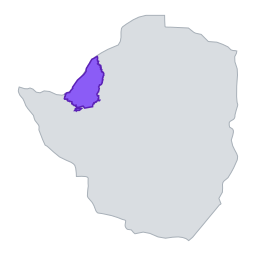 Binga, Matabeleland North, Zimbabwe shown in context
{"feature_id": "62879985B54181646880786", "entity_name": "Binga", "entity_type": "district", "adm_level": 2, "iso_a3": "ZWE", "parent_name": "Zimbabwe", "parent_adm1": "Matabeleland North", "projection": "natural_earth1", "projection_center": [27.771, -17.692], "detail": "fine", "context": "in_parent", "style": "filled", "palette": "violet", "viewbox_px": 256, "rotation_deg": 0, "n_neighbors": 0, "source": "geoboundaries", "source_scale": "gbopen_adm2", "svg_char_len": 5960}
<svg xmlns="http://www.w3.org/2000/svg" viewBox="0 0 256 256"><path d="M188.7,240.6L186.2,238.7L182.7,237.5L178.3,236.9L172.6,237.2L165.5,238.2L158.0,236.9L149.9,233.4L143.2,232.1L135.2,233.7L134.9,233.7L133.5,232.5L131.3,229.9L127.7,229.4L126.7,228.8L125.9,227.8L125.3,226.6L125.1,225.2L125.7,220.9L125.4,220.4L124.4,219.9L122.4,219.4L117.6,217.5L111.6,215.6L101.7,213.5L97.9,213.0L97.0,212.3L95.9,210.8L94.0,205.8L92.3,202.6L88.0,197.6L87.4,196.0L87.6,192.0L87.9,188.8L88.3,186.1L88.1,183.5L88.1,180.3L88.2,178.2L87.6,177.3L86.1,176.6L81.7,176.3L76.4,176.5L76.3,173.2L75.7,168.2L74.8,165.4L73.5,163.9L71.1,162.3L66.2,160.2L59.5,156.9L53.7,152.1L47.1,146.2L45.1,145.1L42.6,139.5L38.9,129.9L39.1,126.7L38.6,125.1L35.0,120.4L34.1,118.0L33.5,115.5L27.8,108.6L25.8,105.6L24.3,101.7L22.8,98.6L21.6,97.3L19.9,95.2L18.8,92.8L18.3,91.0L18.7,88.6L19.2,87.0L24.7,88.7L27.7,88.8L30.0,88.0L32.9,89.1L36.3,92.2L40.1,92.8L44.1,90.9L49.6,91.5L56.5,94.6L62.2,95.2L69.0,92.5L75.1,84.8L80.8,77.6L86.4,69.3L89.8,62.5L94.8,57.1L101.3,52.9L108.0,49.3L118.2,45.0L120.3,41.4L121.0,37.4L121.0,32.0L121.5,28.4L122.6,26.8L124.3,25.6L126.5,24.0L133.2,19.8L138.9,17.1L145.8,15.4L153.3,15.4L160.5,15.4L164.6,15.4L164.7,20.6L165.0,26.5L165.8,27.1L171.2,27.2L180.0,27.6L188.4,28.0L193.8,32.3L195.6,33.2L201.2,34.4L208.3,41.5L216.9,42.2L222.8,44.4L228.0,46.9L230.9,49.8L232.9,50.5L235.5,50.7L236.8,51.0L236.5,53.1L234.7,56.7L234.9,61.8L237.2,68.9L237.5,75.1L236.7,86.0L236.6,96.6L236.9,100.4L237.2,102.9L237.7,104.3L237.6,105.8L236.2,110.3L235.0,114.9L234.9,116.8L234.5,118.1L233.6,119.3L229.9,121.5L229.2,122.8L229.2,125.2L229.7,127.2L231.1,128.0L232.7,129.1L233.4,130.7L233.4,132.3L232.8,135.2L231.3,140.1L232.7,145.8L234.4,149.4L236.7,153.7L237.6,156.3L237.5,158.2L237.2,160.0L233.7,167.8L231.1,172.6L228.0,177.7L224.0,181.0L222.9,182.5L222.5,184.3L222.6,188.2L222.4,192.2L218.9,198.4L221.0,203.8L220.5,204.3L219.3,205.0L214.3,211.1L209.3,217.1L205.6,221.6L201.4,226.7L196.7,232.3L192.7,237.2L188.7,240.6Z" fill="#d9dde1" stroke="#a8b0b8" stroke-width="1"/><path d="M103.8,73.9L103.7,73.8L103.5,73.7L103.5,73.3L103.5,73.0L103.5,72.8L103.4,72.6L103.3,72.4L103.2,72.3L102.9,72.2L102.6,72.2L102.5,71.9L102.3,71.9L102.2,71.9L102.2,71.7L102.3,71.5L102.1,71.3L101.9,71.1L101.7,71.2L101.6,71.3L101.5,71.0L101.5,70.8L101.4,70.8L101.4,70.6L101.4,70.4L101.5,70.2L101.6,69.9L101.5,70.0L101.4,69.9L101.4,69.7L101.6,69.6L101.4,69.4L101.2,69.4L100.9,69.3L100.7,69.2L100.9,68.9L100.9,69.0L101.0,69.1L101.3,69.1L101.3,68.9L100.8,68.6L100.9,68.3L100.7,68.2L100.5,67.9L101.0,67.8L101.1,67.7L101.1,67.3L100.8,67.4L100.6,67.2L100.5,66.6L100.4,66.1L100.7,65.9L100.8,65.7L100.7,65.4L100.5,65.2L100.2,65.1L99.9,65.1L99.5,65.5L99.4,65.5L99.3,65.4L99.3,65.1L99.2,65.0L99.2,64.9L99.3,64.7L98.7,63.9L98.2,64.0L97.9,64.1L97.7,64.0L97.6,63.9L98.0,63.6L98.2,63.3L98.2,62.6L98.0,62.2L98.2,61.9L98.5,61.6L98.6,61.4L98.0,61.3L97.7,61.2L97.8,60.9L97.8,60.7L97.6,60.6L97.3,60.0L97.3,59.9L97.4,59.5L97.5,59.4L97.6,58.8L97.6,58.5L97.6,58.4L97.5,58.1L97.6,57.5L97.5,57.1L97.4,56.7L97.1,56.4L96.5,56.8L94.4,58.0L93.3,58.6L91.8,59.3L90.9,60.9L90.6,61.3L89.6,63.3L88.1,65.5L87.7,66.3L86.6,68.0L86.3,68.8L86.2,69.0L86.2,69.5L86.1,70.3L86.0,71.5L84.2,73.9L84.0,74.2L83.9,74.4L77.5,80.1L72.5,87.3L72.8,88.3L70.8,90.5L69.8,92.1L69.6,92.5L69.0,92.3L68.4,92.5L68.0,92.8L67.5,92.6L67.1,92.8L66.6,92.9L66.3,93.0L66.3,93.4L66.3,93.6L66.2,93.7L65.8,93.9L65.1,94.1L65.1,94.3L65.2,94.5L65.2,94.9L65.4,95.0L65.2,95.2L65.3,95.4L65.3,95.7L65.3,95.9L65.3,96.2L65.3,96.3L64.8,96.6L64.7,96.8L64.7,97.1L64.6,97.4L64.6,97.8L64.6,98.1L64.3,98.5L64.4,98.8L64.5,98.8L64.7,99.2L67.6,99.1L67.7,99.5L67.2,100.1L67.5,100.7L68.0,101.0L68.3,101.1L69.0,101.1L69.6,101.0L69.7,101.4L69.9,101.3L70.1,101.6L70.5,101.6L70.8,101.6L71.6,101.7L71.8,101.7L71.9,102.0L72.0,102.1L71.9,102.3L71.9,102.6L71.9,102.8L72.0,102.9L72.0,103.0L71.9,103.1L71.8,103.3L71.7,103.6L71.7,103.8L71.9,103.9L72.0,103.9L72.5,103.8L72.7,104.0L72.9,104.6L73.2,104.6L73.3,104.8L73.8,105.0L73.9,105.3L74.1,105.6L74.4,105.6L74.6,105.5L75.0,105.5L75.3,105.4L75.4,105.5L75.5,105.4L76.0,105.2L76.1,105.9L75.9,106.4L76.1,106.4L76.3,106.6L76.6,106.6L76.8,106.9L76.7,107.1L76.7,107.5L76.8,108.0L76.9,108.3L76.3,108.3L76.1,108.4L75.8,108.5L75.6,108.6L75.2,108.9L75.2,109.6L75.1,110.0L74.7,110.5L74.8,110.5L75.0,110.5L75.3,110.3L75.8,110.6L75.9,110.8L76.3,110.8L76.3,110.5L76.6,110.4L76.8,110.4L76.8,110.5L76.9,110.4L76.8,110.2L77.0,110.3L77.2,110.5L78.4,110.4L79.4,110.4L81.6,108.5L78.1,108.4L77.8,107.5L79.8,107.0L82.5,106.2L83.1,106.1L83.7,106.7L84.7,108.1L89.6,107.2L92.6,106.7L92.7,105.1L92.8,104.8L93.1,104.4L93.2,104.2L93.2,103.9L93.3,103.8L93.5,103.7L93.8,103.4L93.9,103.1L93.9,102.9L94.0,102.9L94.1,103.0L94.1,102.9L94.4,103.0L94.5,102.9L94.7,102.7L94.9,102.6L95.0,102.4L95.3,102.3L95.4,102.0L95.5,101.9L95.9,101.8L96.1,101.9L96.3,101.7L96.5,101.8L96.7,101.3L97.5,100.7L98.4,100.6L99.2,100.7L99.5,100.7L99.7,100.4L99.8,100.2L99.7,100.2L99.1,100.0L98.8,99.9L98.1,99.9L98.2,99.5L98.0,99.2L98.1,98.8L98.7,98.4L98.6,97.5L98.7,97.3L98.6,97.0L98.6,96.2L98.7,95.8L98.3,95.7L98.1,95.6L97.7,96.0L97.5,95.9L97.4,95.5L97.2,95.2L96.9,94.5L97.0,93.8L97.3,93.3L97.9,92.5L98.1,91.9L98.6,91.7L98.6,91.2L98.6,90.9L98.8,90.6L98.9,90.2L98.9,89.6L99.0,89.5L99.0,89.3L99.1,89.1L99.2,88.9L99.3,88.5L99.2,88.3L99.1,88.2L98.9,87.5L98.8,87.3L98.8,86.9L98.7,86.8L98.8,86.6L99.0,86.3L99.2,86.1L99.3,85.9L99.4,85.5L99.4,85.4L99.6,85.0L99.6,84.9L99.8,84.9L100.0,84.8L100.3,84.9L100.5,85.0L101.4,84.3L101.5,84.1L101.5,83.9L101.8,83.7L101.9,83.4L101.8,83.2L102.0,83.1L102.1,82.9L102.2,82.7L102.3,82.4L102.2,82.1L102.2,81.7L102.3,81.3L102.3,81.1L102.4,80.9L102.5,80.9L102.5,80.7L102.7,80.2L102.8,80.1L102.9,79.9L102.9,79.7L102.7,79.7L102.4,79.8L102.4,79.7L102.6,79.2L102.6,78.8L102.5,78.7L102.6,78.3L102.6,78.1L102.8,77.8L102.8,77.6L103.0,77.4L103.1,77.2L103.0,76.8L103.1,76.6L103.1,76.2L103.5,75.8L103.8,75.4L103.8,75.2L103.6,74.8L103.6,74.7L103.7,74.0L103.8,73.9Z" fill="#8b5cf6" stroke="#5b21b6" stroke-width="1.5"/></svg>